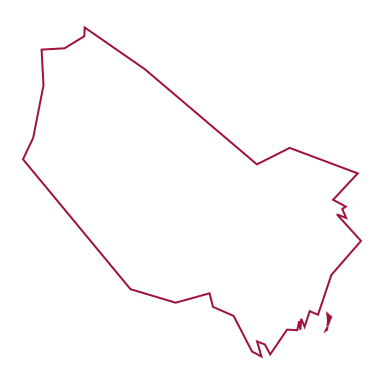 map outline of Västerbotten (orthographic projection)
{"feature_id": "SWE-192", "entity_name": "Västerbotten", "entity_type": "County", "adm_level": 1, "iso_a3": "SWE", "parent_name": "Sweden", "parent_adm1": "", "projection": "orthographic", "projection_center": [19.633, 64.883], "detail": "coarse", "context": "isolated", "style": "outline", "palette": "rose", "viewbox_px": 384, "rotation_deg": 0, "n_neighbors": 0, "source": "natural_earth", "source_scale": "10m", "svg_char_len": 704}
<svg xmlns="http://www.w3.org/2000/svg" viewBox="0 0 384 384"><path d="M23.0,159.3L33.2,137.8L43.5,85.3L41.6,49.6L64.5,48.3L84.3,36.2L84.7,27.5L144.7,69.1L256.9,164.4L289.6,147.9L357.7,173.4L333.1,199.8L345.8,206.6L342.3,209.0L346.1,217.9L336.9,214.4L361.0,240.9L331.4,274.9L318.0,314.7L309.7,311.2L304.6,326.8L301.2,318.8L300.4,329.8L299.2,321.1L297.3,330.2L287.1,329.6L270.2,354.4L264.9,344.5L257.1,341.5L261.4,356.5L252.0,351.5L233.6,315.9L213.0,306.9L209.5,293.3L175.6,302.7L130.5,289.2L23.0,159.3ZM328.1,319.7L331.4,316.1L327.5,326.2L328.1,319.7ZM327.8,318.4L327.3,313.7L330.0,316.2L327.8,318.4ZM327.5,326.9L327.1,329.7L325.7,330.6L327.5,326.9Z" fill="none" stroke="#9f1239" stroke-width="2"/></svg>